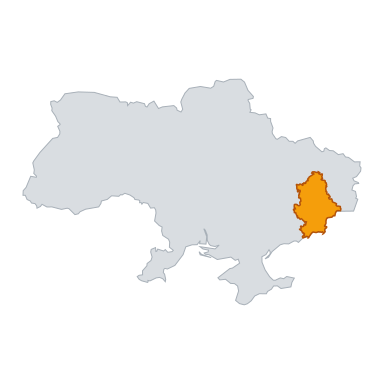 Donets'k on a map of Ukraine (Mercator projection)
{"feature_id": "UKR-327", "entity_name": "Donets'k", "entity_type": "Region", "adm_level": 1, "iso_a3": "UKR", "parent_name": "Ukraine", "parent_adm1": "", "projection": "mercator", "projection_center": [37.457, 48.054], "detail": "fine", "context": "in_parent", "style": "filled", "palette": "amber", "viewbox_px": 384, "rotation_deg": 0, "n_neighbors": 0, "source": "natural_earth", "source_scale": "10m", "svg_char_len": 8981}
<svg xmlns="http://www.w3.org/2000/svg" viewBox="0 0 384 384"><path d="M265.1,269.9L269.6,276.7L273.3,280.2L275.2,280.3L280.3,277.9L283.7,278.7L286.7,276.5L294.3,278.1L291.9,282.4L290.9,286.9L281.0,288.5L277.4,285.9L273.6,286.0L271.4,289.2L267.6,291.4L266.3,293.8L259.4,293.7L254.7,296.0L251.2,300.8L247.3,303.8L244.2,304.8L239.5,303.6L235.6,300.4L238.6,291.0L237.6,286.0L234.5,283.6L230.6,283.4L225.6,279.3L219.8,279.9L217.9,277.8L229.8,268.6L232.4,268.1L239.6,263.2L238.3,259.2L235.2,260.3L230.9,257.1L217.3,259.5L209.0,254.7L205.2,254.2L204.2,253.0L208.2,251.9L208.5,250.1L203.0,249.0L200.0,246.7L215.1,248.9L219.2,245.1L215.0,246.5L210.7,245.6L209.2,244.3L207.3,240.5L207.2,235.0L205.3,230.2L203.8,228.7L206.7,236.6L206.0,244.1L199.6,243.7L200.2,240.6L197.1,244.7L192.1,244.8L185.8,246.8L183.1,254.6L174.9,265.4L167.4,269.0L164.9,268.4L163.8,269.3L163.3,272.6L164.6,274.2L165.7,279.5L165.3,281.7L162.7,278.7L159.6,277.4L156.2,277.9L150.0,280.9L147.9,280.4L148.1,281.9L147.5,282.4L141.7,280.8L139.2,279.4L137.2,276.6L139.1,275.3L142.6,274.8L142.5,270.8L146.9,265.8L147.1,263.5L151.0,260.5L152.1,257.0L150.7,252.0L151.2,249.4L155.5,247.6L155.9,251.5L156.8,251.2L157.7,249.1L163.6,251.0L165.3,249.6L167.8,252.3L172.2,251.6L173.3,250.3L169.4,247.2L169.7,242.1L168.5,239.2L162.8,235.5L161.6,231.0L162.1,227.0L159.2,225.5L154.6,221.0L156.0,213.0L155.7,210.0L154.4,207.7L150.6,208.1L147.8,203.4L143.2,202.5L141.9,204.2L141.2,202.6L139.6,202.7L139.8,200.7L138.7,200.0L134.9,199.5L134.0,197.7L129.9,195.0L124.8,193.3L122.0,195.0L120.8,194.5L118.8,196.3L111.6,195.8L107.3,199.4L101.4,201.0L100.9,203.5L98.7,206.9L85.6,209.2L80.1,211.7L78.3,213.8L74.9,214.6L69.0,208.7L67.2,208.2L61.5,209.4L51.9,206.9L47.0,207.0L42.0,204.3L40.4,206.5L37.0,208.2L36.7,205.9L35.0,203.6L31.5,203.0L30.3,201.0L27.1,199.5L25.3,195.3L23.0,195.3L23.2,190.7L26.1,187.4L30.7,176.3L36.3,177.3L36.5,176.1L33.8,173.5L34.3,169.9L32.8,162.9L33.8,160.9L40.0,152.4L52.7,138.4L57.6,137.4L59.8,133.9L59.9,131.3L57.7,126.3L60.1,124.6L59.9,123.7L57.9,121.7L55.6,116.2L51.8,110.7L52.1,108.1L50.7,104.4L50.8,101.6L54.2,100.8L57.2,102.4L60.5,100.0L64.9,93.8L78.2,91.9L94.3,92.4L110.2,96.8L117.1,97.3L120.0,102.0L125.8,101.9L127.4,102.8L127.6,105.6L130.6,102.2L133.4,103.1L136.7,101.7L144.5,103.7L145.4,106.3L147.0,107.0L149.2,103.7L153.9,101.1L158.5,108.5L162.4,106.9L173.8,105.6L176.6,108.0L177.1,110.2L181.0,112.0L182.7,109.3L180.8,102.0L181.8,99.2L185.0,93.0L189.2,88.4L200.4,86.5L210.7,88.2L213.7,86.3L215.2,81.5L216.5,80.4L223.5,82.0L229.9,79.4L240.9,79.2L244.5,82.1L248.0,90.4L253.4,96.5L253.0,98.4L248.2,99.5L248.1,100.6L249.7,103.3L250.2,109.1L251.1,109.8L249.9,112.3L255.1,112.9L259.3,114.8L265.9,113.9L267.7,118.1L270.6,118.6L270.6,121.4L273.0,128.0L272.1,131.5L272.4,133.6L275.8,138.7L277.3,139.3L281.4,136.6L285.7,137.5L289.2,141.3L292.9,141.3L295.1,143.3L297.7,140.9L310.2,137.4L313.2,140.9L313.6,143.2L315.5,146.3L321.9,151.8L323.8,151.2L324.4,148.7L325.9,147.9L329.5,150.5L333.2,150.8L338.3,154.6L343.1,153.7L345.5,157.0L348.5,157.4L354.5,161.9L360.1,161.8L359.7,166.0L361.0,167.8L360.6,171.2L356.5,176.6L352.7,178.2L354.0,180.8L358.4,182.6L358.7,183.5L354.7,183.9L353.0,185.8L351.9,190.0L355.5,191.4L356.5,196.6L355.7,198.2L357.8,199.2L353.6,211.1L336.5,211.3L333.1,216.1L328.0,217.6L326.4,219.0L324.8,225.7L326.3,226.9L324.8,229.7L325.1,232.0L312.5,232.5L308.6,236.8L303.1,237.9L298.4,242.4L296.4,241.0L294.0,241.0L288.7,243.9L283.9,243.7L280.2,244.8L272.2,251.5L268.5,257.2L265.0,258.9L270.0,254.2L270.2,251.8L269.0,249.8L265.9,254.6L261.9,256.7L262.0,262.2L265.1,269.9ZM211.2,257.6L200.2,254.8L199.1,251.7L201.6,254.4L211.2,257.6Z" fill="#d9dde1" stroke="#a8b0b8" stroke-width="1"/><path d="M340.5,210.7L337.5,210.6L336.6,211.0L336.0,211.8L335.5,212.9L335.2,214.1L335.0,215.3L334.8,215.8L334.4,215.8L333.8,215.5L333.5,215.6L333.1,215.9L332.4,216.7L332.1,217.0L331.6,217.2L327.7,217.7L327.0,218.2L326.5,218.9L326.2,219.9L325.9,220.9L326.0,222.9L325.9,223.7L325.4,224.5L324.9,225.3L324.6,225.8L324.6,226.2L324.8,226.5L325.2,226.6L325.9,226.4L326.2,226.5L326.5,226.6L326.7,226.9L326.6,227.5L326.4,227.9L325.2,228.6L324.9,229.2L324.7,230.0L324.8,230.9L325.1,231.7L324.7,232.1L323.7,233.5L323.1,233.8L323.5,232.9L323.5,232.5L323.0,232.3L322.4,231.8L321.5,232.3L320.8,232.0L320.3,231.9L320.1,232.0L318.4,231.7L316.4,232.5L315.6,232.5L313.2,232.0L312.5,232.3L311.3,233.5L309.4,236.3L308.9,237.3L308.5,237.8L308.1,237.9L308.2,237.3L307.8,236.7L307.1,236.4L306.5,236.3L306.2,236.4L305.3,237.0L303.0,237.9L302.4,236.9L302.4,236.7L302.6,236.3L303.3,235.6L303.5,235.6L304.0,235.8L304.4,235.5L304.4,235.4L304.4,235.2L304.0,234.5L304.2,234.2L304.5,234.0L304.5,233.9L303.6,232.9L303.5,233.0L303.2,233.3L302.5,232.7L302.3,232.4L302.1,231.6L301.9,231.3L301.5,230.7L301.1,230.4L300.2,229.9L299.7,229.5L299.6,229.4L299.6,229.2L300.8,228.9L301.0,228.9L301.1,228.6L301.1,227.7L300.6,226.7L300.6,226.4L300.7,226.2L301.1,226.1L301.3,226.3L301.6,226.3L301.8,226.5L302.0,226.6L302.4,226.6L302.8,226.6L303.5,226.3L303.6,226.2L303.6,225.7L303.9,225.1L304.1,224.5L304.3,224.4L304.6,224.2L304.9,224.3L305.1,224.5L305.3,225.0L305.7,224.8L305.7,224.7L305.7,224.1L305.7,223.8L306.0,223.2L306.0,222.9L306.0,222.7L306.3,222.1L306.4,221.9L306.2,221.8L305.9,221.8L305.1,221.7L305.0,221.8L304.8,222.0L304.7,222.1L304.1,221.3L302.7,220.0L302.2,219.4L302.0,219.2L301.2,218.7L300.2,219.3L299.7,218.8L299.0,218.0L298.5,217.6L297.9,217.9L297.7,217.9L297.5,217.6L297.6,217.1L297.5,216.9L297.1,216.8L297.0,216.5L297.0,216.3L297.1,216.1L297.5,216.0L297.5,215.9L296.9,215.6L296.7,215.4L296.4,214.7L295.9,213.5L295.8,213.3L295.8,212.8L295.7,212.7L294.9,212.7L294.4,212.6L294.3,212.2L294.3,211.1L294.2,210.4L293.6,210.1L293.5,209.9L293.5,209.5L293.5,209.4L293.6,209.2L294.0,209.2L294.5,209.0L295.1,209.0L295.4,208.9L295.0,207.9L294.8,207.8L294.5,207.8L294.3,207.6L294.3,207.2L294.2,206.7L294.3,205.1L294.3,204.8L294.5,204.6L294.7,204.4L295.1,204.4L295.8,204.3L296.0,204.3L297.1,204.6L297.3,204.8L297.3,205.1L297.6,205.3L298.3,205.5L298.9,205.8L299.0,205.8L299.9,205.2L300.2,204.8L300.3,204.5L300.2,204.1L299.9,203.2L299.8,202.4L299.8,202.2L300.0,201.9L300.5,201.6L300.7,201.4L300.9,201.1L300.6,199.3L300.5,198.9L300.5,198.3L300.3,198.2L299.8,198.1L299.7,197.9L299.4,197.8L299.0,197.9L298.9,197.9L298.8,197.7L298.7,197.6L298.9,196.7L298.7,195.1L298.8,194.9L299.2,194.7L299.4,194.5L299.4,194.4L299.2,194.2L299.2,193.3L299.3,193.1L299.6,192.9L299.5,192.3L299.5,192.2L300.0,191.9L300.2,191.7L300.2,190.9L300.1,190.5L300.1,190.4L299.8,190.3L298.9,190.4L298.8,190.5L298.7,190.7L298.5,191.4L298.4,191.6L297.7,191.8L297.5,191.5L297.5,191.0L297.5,190.8L297.8,190.6L298.0,190.2L298.3,189.9L298.2,189.6L297.4,189.8L297.3,189.7L297.2,189.6L297.1,189.1L296.8,188.4L296.8,188.1L296.8,187.3L296.8,186.5L296.5,185.3L296.4,184.7L296.6,184.5L296.7,184.4L297.0,184.4L297.2,184.5L297.8,184.8L298.0,184.8L298.9,184.9L299.0,184.9L299.6,184.2L299.9,184.1L300.2,184.1L300.4,184.1L302.2,185.0L302.5,185.3L302.9,185.1L302.9,184.9L302.4,184.6L302.2,184.3L302.3,184.1L302.5,183.8L302.6,183.7L303.1,183.8L303.3,183.8L303.5,183.7L303.6,183.3L303.7,183.1L303.8,182.9L304.2,182.9L304.6,183.4L304.8,183.5L305.0,183.5L305.6,183.3L305.7,183.2L305.6,182.6L305.6,182.4L305.7,182.2L306.1,182.0L306.3,181.4L307.2,180.7L307.8,180.7L308.0,180.7L308.1,180.3L307.9,179.9L308.0,179.4L307.7,179.2L308.2,178.3L308.3,178.2L308.7,178.0L308.8,177.9L309.0,177.4L309.2,177.0L309.3,176.9L313.5,174.2L313.8,174.0L313.7,173.9L313.5,173.5L313.3,173.4L312.8,173.4L312.1,173.3L311.7,173.1L312.3,172.0L312.5,171.9L314.3,171.8L316.7,172.5L317.6,172.5L317.9,172.4L318.1,172.2L318.2,171.7L318.4,171.8L318.8,172.1L319.1,172.4L319.6,172.5L319.8,172.7L319.8,172.8L319.7,172.9L319.1,173.0L318.8,173.6L318.9,173.8L319.1,173.9L319.9,174.2L320.5,174.6L320.8,174.5L321.3,174.0L322.3,174.1L322.3,174.3L322.2,175.0L322.2,175.8L322.1,176.0L321.8,176.4L321.8,176.6L321.9,177.0L322.5,178.3L322.4,178.6L321.9,178.7L321.8,179.1L321.4,179.1L321.2,179.4L321.2,179.6L321.6,179.8L321.9,180.1L322.1,180.2L324.2,180.3L325.0,180.6L325.3,181.8L325.4,182.6L325.6,182.8L326.2,182.9L326.3,183.0L326.3,183.6L326.5,184.1L326.6,184.6L326.5,184.9L326.1,185.6L326.0,185.8L326.0,186.0L326.7,186.1L326.8,186.2L326.8,186.4L326.7,186.6L326.4,187.0L325.8,187.5L325.7,187.9L325.8,188.7L325.8,189.2L325.8,189.6L326.1,190.5L325.9,191.1L325.9,191.4L326.0,191.6L326.8,191.9L326.9,192.0L326.9,192.3L326.8,193.0L326.7,193.6L326.7,193.8L326.9,194.0L327.1,194.2L327.6,194.4L328.0,194.6L328.4,194.2L328.5,194.3L328.9,194.8L329.0,195.3L329.2,195.5L329.6,195.9L329.8,196.1L330.1,196.7L330.1,196.8L330.0,197.1L329.9,197.3L329.7,197.3L328.9,197.5L328.7,197.6L328.7,197.8L329.0,198.7L329.2,198.9L329.7,199.1L331.6,198.9L331.9,199.2L332.1,200.1L332.4,200.9L332.3,201.6L332.5,201.8L332.9,202.1L335.2,203.0L336.3,203.6L336.5,203.8L336.5,204.1L336.4,204.3L336.1,204.8L336.1,205.1L336.3,205.5L336.8,205.9L337.2,206.2L338.6,206.1L340.3,206.5L340.4,207.0L340.4,208.1L340.6,208.5L340.8,208.6L340.9,209.0L340.5,210.7Z" fill="#f59e0b" stroke="#b45309" stroke-width="1.5"/></svg>